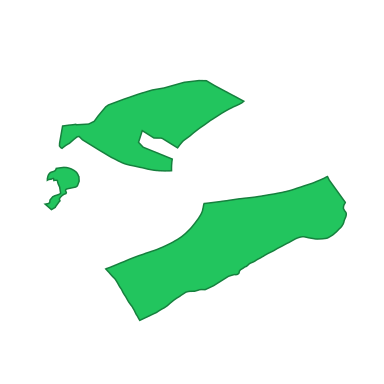 Wald Rabi', Al Bayda', Yemen, rotated 74°
{"feature_id": "15242507B62394973607201", "entity_name": "Wald Rabi'", "entity_type": "district", "adm_level": 2, "iso_a3": "YEM", "parent_name": "Yemen", "parent_adm1": "Al Bayda'", "projection": "equal_earth", "projection_center": [44.921, 14.611], "detail": "fine", "context": "isolated", "style": "filled", "palette": "green", "viewbox_px": 384, "rotation_deg": 74, "n_neighbors": 0, "source": "geoboundaries", "source_scale": "gbopen_adm2", "svg_char_len": 6000}
<svg xmlns="http://www.w3.org/2000/svg" viewBox="0 0 384 384"><g transform="rotate(74 192 192)"><path d="M242.2,296.1L243.5,295.4L244.4,295.0L246.3,294.0L248.1,293.2L249.8,292.4L251.6,291.5L252.6,290.9L254.5,289.9L255.4,289.6L256.4,289.3L258.2,288.8L259.3,288.5L260.3,288.3L263.3,287.6L265.3,286.9L266.2,286.6L268.5,286.2L269.6,286.0L271.9,285.4L274.0,284.7L275.1,284.4L276.9,284.0L280.2,283.2L281.0,282.9L284.1,281.8L284.9,281.4L285.8,281.1L287.6,280.7L288.6,280.4L289.5,280.2L290.5,280.0L292.4,279.7L294.6,279.3L295.5,278.9L299.1,278.1L301.0,277.6L297.9,258.9L297.3,257.2L296.4,254.0L296.0,252.3L295.7,250.7L295.1,248.9L294.5,247.1L293.7,245.4L292.9,243.8L291.0,239.4L289.8,235.9L289.3,234.0L288.9,232.5L288.3,231.1L287.6,228.7L286.6,225.5L286.6,223.7L286.8,221.9L287.7,218.3L288.1,216.8L288.1,215.1L288.1,213.4L288.0,211.7L288.4,209.7L289.5,206.3L288.0,197.0L283.1,180.2L283.0,177.4L283.0,174.1L283.6,172.6L283.7,170.9L283.1,169.4L282.0,168.7L281.0,168.1L280.1,166.8L279.7,165.3L279.2,163.5L278.6,162.0L278.5,160.2L277.8,158.6L277.0,157.2L276.5,155.6L276.3,153.8L276.1,152.1L275.7,150.4L275.2,149.0L274.8,147.5L274.5,145.9L274.2,144.3L273.7,142.6L273.4,141.1L272.9,139.6L272.5,137.8L272.1,136.3L271.8,134.6L271.2,131.0L270.8,129.1L269.8,125.5L269.5,123.9L268.8,120.3L268.3,118.2L267.5,114.5L267.3,112.9L266.8,110.9L265.9,107.1L265.5,105.3L265.3,103.6L265.2,101.8L265.2,100.1L265.4,98.3L265.9,96.6L266.6,95.3L268.1,92.6L269.5,89.7L270.3,88.0L271.1,86.4L271.7,84.7L272.1,83.1L272.5,81.4L272.9,79.7L273.2,77.9L273.5,76.1L273.6,74.5L273.2,72.7L272.3,69.3L271.8,67.8L271.0,66.2L270.3,64.6L269.6,63.3L268.0,60.6L267.3,59.1L266.4,57.7L265.4,56.6L264.4,55.5L263.2,54.6L262.0,53.9L260.9,53.2L259.8,52.3L258.5,51.2L257.4,50.5L256.1,49.9L254.8,49.6L253.4,49.9L252.3,50.4L251.1,50.7L249.7,51.0L248.3,50.6L247.1,50.0L246.0,49.2L245.1,48.2L244.3,47.5L244.2,47.5L218.4,56.8L214.5,57.5L214.6,58.7L215.2,61.3L215.4,62.8L215.8,65.5L216.2,69.5L216.4,70.8L216.6,72.3L216.7,73.7L216.8,75.0L216.8,76.2L216.9,78.7L217.0,82.6L217.2,85.5L217.3,90.2L217.5,93.0L217.6,96.1L217.6,98.5L217.5,100.0L217.5,101.3L217.4,102.5L217.3,103.7L217.3,104.9L217.2,106.1L216.8,110.0L216.7,111.4L216.6,113.0L215.8,119.4L215.7,120.6L215.2,125.0L215.1,126.4L214.7,129.0L214.2,133.2L213.3,138.6L213.1,139.8L212.6,142.5L212.4,143.6L212.0,146.2L211.5,148.9L211.1,152.0L210.4,157.4L210.2,158.8L210.0,160.8L209.6,163.1L209.4,164.5L209.2,165.7L209.1,166.8L207.2,179.0L207.1,179.5L206.8,181.4L206.6,182.5L206.4,183.5L207.0,184.0L208.9,185.0L209.8,185.4L211.7,186.5L212.6,186.9L213.4,187.4L214.9,188.6L216.4,190.0L217.9,191.7L218.7,192.5L219.5,193.5L220.2,194.4L220.7,195.1L221.4,196.0L222.0,196.8L223.0,198.1L224.4,200.1L226.0,202.4L227.1,204.2L230.1,209.7L231.9,213.8L232.3,214.9L232.7,216.1L233.5,218.6L233.8,219.7L234.1,221.1L234.4,222.4L234.8,223.6L235.0,224.7L235.3,226.0L235.8,228.8L236.4,232.2L237.0,236.2L237.1,237.4L237.6,241.3L237.7,242.8L237.8,244.1L237.9,247.9L238.0,249.1L238.1,251.8L238.1,253.0L238.4,255.9L238.5,258.3L238.5,259.6L238.6,261.3L238.8,263.8L239.0,266.3L239.3,269.4L239.4,270.6L240.0,275.2L240.2,276.4L240.3,277.7L240.5,280.1L241.1,284.9L241.2,286.2L241.4,287.4L241.5,288.6L241.6,289.7L241.8,291.1L242.0,293.8L242.0,295.0L242.2,296.1ZM119.0,117.2L95.9,141.0L89.0,147.5L86.8,154.6L84.4,169.3L84.3,190.3L84.1,192.0L83.0,202.0L83.1,213.0L83.2,217.0L84.0,231.9L85.3,248.4L86.4,251.5L92.9,261.1L97.1,266.5L98.2,272.7L95.5,284.7L94.9,285.0L94.8,285.9L94.5,288.1L94.3,289.3L94.1,290.3L94.0,290.9L93.8,291.7L93.7,292.8L93.5,294.0L92.9,298.2L108.5,305.8L111.2,306.7L111.8,306.4L113.1,306.0L114.2,304.9L113.9,304.3L113.4,303.0L112.4,300.4L111.8,298.2L111.5,297.0L111.5,296.6L108.7,290.7L107.3,287.2L107.5,285.2L111.6,282.9L125.8,270.0L134.8,261.6L135.7,260.7L136.4,260.1L137.1,259.3L138.5,257.7L140.2,255.9L141.1,255.0L141.9,254.2L142.8,253.1L143.7,252.1L144.6,251.1L145.3,250.2L146.0,249.3L146.6,248.4L147.2,247.5L148.5,245.3L149.1,244.3L150.2,242.1L151.4,239.8L152.5,237.8L154.3,234.5L154.8,233.4L155.4,232.3L157.1,229.4L157.7,228.4L158.8,226.2L160.5,222.7L161.0,221.5L161.5,220.3L161.9,219.1L162.4,217.9L163.2,215.4L163.9,213.3L164.3,212.1L164.6,210.9L164.9,209.8L165.6,207.2L165.9,205.8L163.7,205.2L161.1,204.4L159.2,203.7L158.1,203.3L157.1,202.9L154.9,201.9L135.5,226.6L129.5,229.7L119.3,222.9L129.6,213.7L131.7,206.7L132.5,205.6L145.6,193.7L144.3,192.0L143.5,191.0L142.8,190.0L141.4,187.9L140.8,187.0L140.3,186.0L139.9,185.0L138.7,181.7L137.4,178.2L136.4,176.1L135.4,173.9L133.6,169.4L133.2,168.4L132.4,166.2L130.9,161.6L128.8,155.9L128.4,154.9L127.4,151.3L127.0,150.1L126.7,149.0L124.5,141.8L123.3,137.1L122.7,134.5L122.4,133.1L122.2,131.9L122.0,130.7L121.7,129.4L121.5,128.2L121.2,125.7L121.0,124.5L120.6,122.0L120.3,120.9L120.1,119.7L119.6,118.5L119.0,117.2ZM170.2,332.0L169.1,327.7L168.5,327.2L164.5,322.1L164.2,321.4L163.6,321.3L163.0,321.5L162.2,321.4L161.8,321.2L161.4,320.6L161.0,320.2L160.5,319.5L160.0,318.5L159.7,318.1L158.9,315.7L158.8,313.7L158.1,313.0L157.1,313.0L156.6,313.2L156.0,313.2L154.9,312.7L154.6,311.9L154.6,310.5L154.9,306.1L155.2,302.3L154.5,300.5L150.5,297.5L146.1,296.5L144.9,296.8L144.3,296.8L143.3,297.0L142.5,297.2L141.6,297.5L140.8,297.9L140.0,298.5L139.2,299.1L138.5,299.7L137.0,301.2L136.3,302.0L135.0,303.9L134.3,305.1L133.8,306.1L133.0,308.4L132.8,309.7L132.4,312.3L131.9,316.0L132.3,316.2L133.0,316.8L133.7,317.7L134.0,318.7L134.1,320.0L134.1,321.3L134.2,322.5L134.6,323.5L135.3,324.5L136.0,325.3L136.8,325.9L137.6,326.4L139.2,327.3L140.8,327.8L140.7,327.4L140.6,326.8L140.6,326.5L140.5,326.2L140.6,325.4L140.7,325.2L140.7,324.3L140.8,324.3L140.9,324.0L140.8,323.2L140.7,322.5L140.7,322.1L140.7,321.6L140.9,321.4L141.6,321.4L142.9,321.6L143.0,320.4L143.4,318.9L143.5,318.6L143.9,318.3L145.4,318.4L147.2,318.4L150.6,317.9L151.1,317.9L156.8,318.6L157.2,318.8L157.6,320.4L157.7,321.6L157.8,325.1L158.2,327.2L159.9,329.7L160.6,330.7L162.5,331.5L163.1,331.9L163.4,333.1L163.5,333.6L163.2,336.5L163.8,336.1L166.9,334.1L170.2,332.0Z" fill="#22c55e" stroke="#15803d" stroke-width="1.5"/></g></svg>